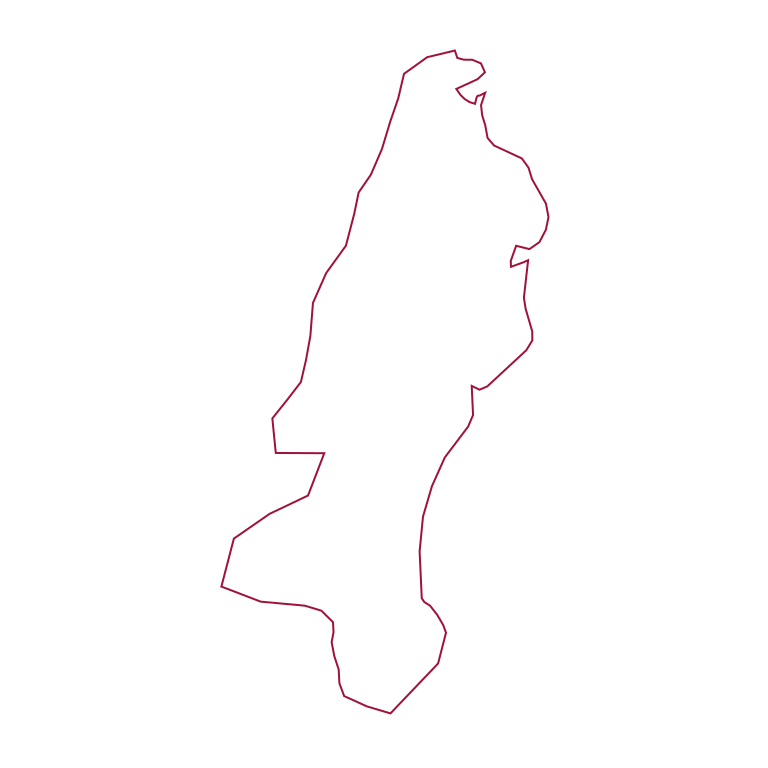 map outline of Puerto Plata (Albers equal-area conic projection), rotated 87°
{"feature_id": "DOM-1965", "entity_name": "Puerto Plata", "entity_type": "Province", "adm_level": 1, "iso_a3": "DOM", "parent_name": "Dominican Republic", "parent_adm1": "", "projection": "albers", "projection_center": [-70.865, 19.728], "detail": "fine", "context": "isolated", "style": "outline", "palette": "rose", "viewbox_px": 768, "rotation_deg": 87, "n_neighbors": 0, "source": "natural_earth", "source_scale": "10m", "svg_char_len": 1231}
<svg xmlns="http://www.w3.org/2000/svg" viewBox="0 0 768 768"><g transform="rotate(87 384 384)"><path d="M54.7,295.8L62.2,293.7L64.3,287.4L64.8,279.0L68.9,270.4L78.0,266.9L84.5,274.6L93.1,296.3L99.2,292.6L103.7,288.5L106.9,283.9L109.0,278.5L102.4,276.4L101.1,275.4L100.9,273.2L98.4,267.7L110.6,272.5L120.8,271.9L131.2,269.3L143.7,267.7L151.6,261.6L166.0,234.5L175.5,228.4L187.3,225.4L212.4,212.8L226.0,211.0L238.5,214.3L250.5,221.4L256.9,231.7L252.9,244.8L267.8,251.0L273.6,251.0L269.7,238.2L267.9,233.6L305.3,239.8L316.4,238.6L339.3,233.2L348.2,233.6L357.7,240.1L391.8,281.0L394.7,288.9L390.5,296.5L419.7,296.7L430.9,302.2L460.5,327.1L488.6,341.5L518.5,352.0L553.1,357.2L600.0,357.5L603.9,355.1L607.8,349.6L617.2,343.0L627.8,337.5L635.6,335.1L665.9,344.6L713.3,394.8L705.0,418.1L693.6,440.1L680.6,444.2L666.7,444.2L653.0,447.9L639.1,449.8L629.3,447.4L619.2,447.4L607.1,458.4L601.2,474.8L594.9,518.5L577.8,557.0L530.5,542.0L507.6,504.9L491.4,465.7L450.0,447.3L447.2,495.7L412.5,497.3L395.2,481.9L377.7,466.9L356.2,460.7L332.0,455.0L299.3,450.7L270.1,435.9L243.9,414.8L212.4,404.8L191.4,399.3L174.2,386.1L149.1,373.7L122.7,364.2L99.4,354.8L75.3,347.8L59.9,323.8L54.7,295.8Z" fill="none" stroke="#9f1239" stroke-width="2"/></g></svg>